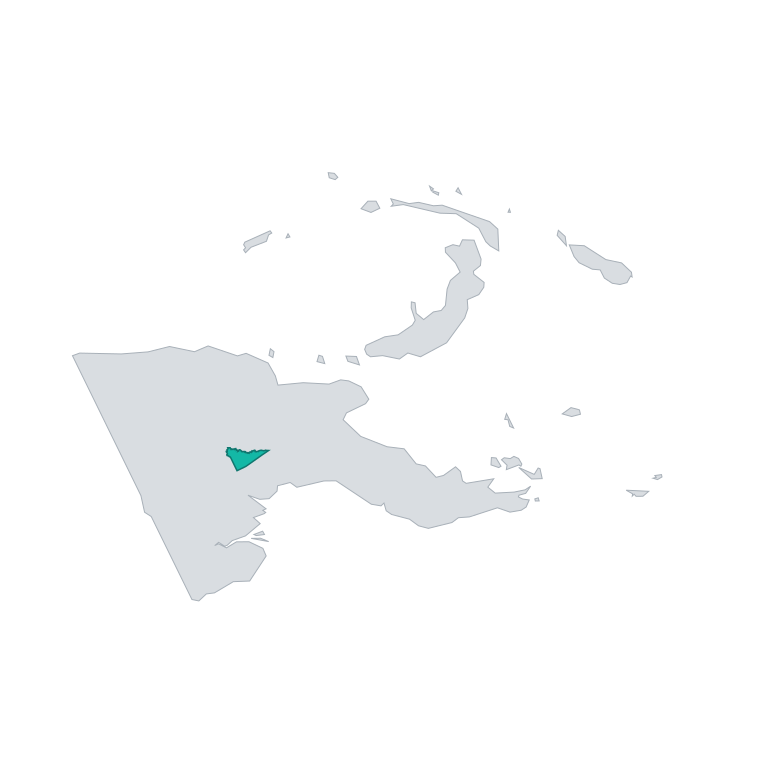 Kagua/Erave District, Southern Highlands, Papua New Guinea (highlighted), rotated 334°
{"feature_id": "67681753B36334387735216", "entity_name": "Kagua/Erave District", "entity_type": "district", "adm_level": 2, "iso_a3": "PNG", "parent_name": "Papua New Guinea", "parent_adm1": "Southern Highlands", "projection": "natural_earth1", "projection_center": [144.087, -6.522], "detail": "fine", "context": "in_parent", "style": "filled", "palette": "teal", "viewbox_px": 768, "rotation_deg": 334, "n_neighbors": 0, "source": "geoboundaries", "source_scale": "gbopen_adm2", "svg_char_len": 7086}
<svg xmlns="http://www.w3.org/2000/svg" viewBox="0 0 768 768"><g transform="rotate(334 384 384)"><path d="M116.9,493.5L116.7,401.1L112.6,394.3L116.6,377.8L116.4,222.0L124.0,222.8L161.0,241.8L186.0,251.7L207.7,256.3L227.8,271.9L242.6,272.7L264.6,294.5L273.5,296.0L289.0,314.3L289.9,329.1L288.2,338.5L311.9,347.4L334.6,360.0L346.9,361.3L353.7,365.8L362.2,376.5L363.7,391.0L358.8,393.6L337.6,393.5L331.6,398.2L340.1,420.9L359.2,441.7L373.7,451.1L377.9,469.9L385.3,475.8L389.9,490.7L397.4,492.3L412.0,489.8L414.4,496.1L412.1,505.5L414.3,509.3L441.1,517.3L432.1,522.2L436.1,530.8L453.6,538.2L464.5,541.0L471.0,540.1L463.4,544.4L456.6,543.1L455.3,544.4L458.1,548.1L463.7,551.9L457.8,556.9L452.0,557.6L441.1,554.4L431.7,545.0L402.5,540.9L392.3,536.8L384.3,538.3L360.6,533.2L352.9,526.6L347.7,516.7L333.7,504.7L330.4,498.9L331.8,491.0L327.9,492.2L319.9,486.5L298.5,450.0L287.5,444.8L260.4,438.6L256.5,431.4L243.7,428.8L240.9,433.4L230.5,436.7L221.8,433.2L213.0,424.3L223.3,444.5L219.7,444.4L221.4,447.6L219.4,448.0L208.1,446.8L211.5,455.2L192.9,459.8L179.0,458.2L172.4,460.2L169.7,460.0L166.0,453.8L161.0,455.0L165.2,455.1L170.6,462.2L182.2,461.2L193.5,466.6L203.1,478.6L202.7,486.9L176.9,502.2L161.9,495.6L140.0,497.4L132.3,494.8L122.5,497.8L116.9,493.5ZM507.0,289.0L512.3,293.2L517.7,288.8L528.0,294.2L526.0,314.3L522.6,319.8L513.8,321.8L512.8,324.8L518.5,336.6L516.1,340.8L508.4,345.2L495.8,344.7L492.5,352.9L485.5,360.0L458.3,374.4L428.7,375.5L419.0,366.6L408.8,368.3L395.2,357.9L383.8,353.6L381.5,349.6L381.8,344.4L384.9,341.4L405.3,341.9L418.2,346.0L435.3,343.5L440.0,340.4L441.8,327.5L444.6,322.2L447.5,324.6L443.9,334.6L447.9,343.5L460.0,340.9L467.7,343.0L473.7,340.3L482.3,326.4L489.1,320.0L501.5,316.8L501.3,306.5L497.0,292.5L498.8,288.4L507.0,289.0ZM655.4,392.0L653.9,396.6L653.0,395.1L646.8,399.4L639.7,398.0L633.3,393.5L628.5,385.4L628.3,376.2L621.5,372.1L612.5,360.5L610.7,352.8L611.5,340.2L624.6,347.5L637.9,369.4L650.6,379.3L655.4,392.0ZM554.2,294.7L545.5,314.7L540.0,306.5L537.9,300.8L537.5,285.5L523.6,262.6L509.2,255.0L480.0,231.2L468.4,227.4L471.3,226.3L471.3,220.5L485.7,232.9L494.7,235.9L506.6,245.5L514.7,248.8L550.1,284.4L554.2,294.7ZM321.1,195.5L348.8,196.4L349.3,199.1L345.6,199.4L340.9,204.2L324.4,202.8L317.1,205.3L316.6,201.9L319.3,200.9L318.9,197.3L321.1,195.5ZM459.7,503.0L464.8,506.4L469.0,506.0L472.3,509.9L472.8,516.4L471.0,517.9L469.8,515.9L456.4,514.6L459.0,510.9L456.4,503.6L459.7,503.0ZM457.3,224.2L447.5,224.1L440.2,216.4L449.7,212.6L457.0,216.2L457.3,224.2ZM479.4,531.1L485.7,527.1L487.1,528.5L484.7,538.4L475.0,534.1L468.5,518.1L479.4,531.1ZM531.1,489.0L541.7,487.2L546.8,491.5L548.3,493.0L547.3,497.3L538.4,495.5L531.1,489.0ZM555.1,585.6L574.9,596.5L567.5,598.4L561.3,595.4L560.5,592.7L558.0,593.6L559.3,591.7L555.1,585.6ZM370.3,356.1L361.5,347.8L362.0,342.2L371.3,347.2L370.3,356.1ZM453.1,509.2L450.5,509.4L444.7,503.6L448.3,497.2L452.3,499.6L453.1,509.2ZM608.6,339.7L604.8,326.3L608.1,322.3L611.5,330.8L608.6,339.7ZM339.7,339.7L333.6,334.5L338.1,329.6L340.8,332.2L339.7,339.7ZM433.1,178.0L429.7,178.9L425.2,174.6L426.5,169.6L431.7,172.9L433.1,178.0ZM299.3,306.7L295.7,311.5L293.2,307.8L297.3,302.5L299.3,306.7ZM481.1,464.3L481.2,480.4L478.4,477.2L479.8,470.5L477.0,468.7L481.1,464.3ZM205.4,468.5L211.3,475.1L196.9,464.5L205.4,468.5ZM210.6,466.9L202.7,464.2L201.1,462.2L210.4,463.1L210.6,466.9ZM593.7,587.1L593.1,589.4L587.9,589.8L584.5,586.6L587.8,587.3L587.3,585.0L593.7,587.1ZM536.6,240.1L536.8,247.5L533.1,242.3L536.6,240.1ZM517.1,236.1L515.6,238.1L511.9,232.9L512.7,231.9L517.1,236.1ZM472.7,553.9L472.2,557.1L468.7,555.5L469.2,553.4L472.7,553.9ZM514.0,230.3L511.2,231.2L511.7,226.1L514.0,230.3ZM363.6,206.9L363.9,210.6L360.0,209.8L363.6,206.9ZM573.4,281.7L572.9,285.1L570.8,284.0L573.4,281.7Z" fill="#d9dde1" stroke="#a8b0b8" stroke-width="1"/><path d="M217.8,373.9L215.6,372.8L215.5,373.8L214.9,374.1L214.7,374.1L214.4,374.1L214.2,374.1L214.1,374.3L214.0,374.5L213.8,375.0L213.9,375.3L213.7,375.5L213.6,375.8L213.4,375.8L213.3,375.6L213.2,375.5L212.8,375.3L212.7,375.4L212.7,375.5L212.5,375.8L212.5,376.0L212.6,376.3L212.6,376.5L212.7,376.8L212.8,376.9L212.8,377.1L212.8,377.4L212.8,377.6L212.7,377.7L212.7,378.1L212.4,378.2L212.3,378.5L212.1,378.6L211.9,378.5L211.7,378.7L211.6,379.1L211.6,379.3L211.6,379.5L211.9,379.7L211.9,379.8L212.0,379.9L212.1,380.0L212.4,380.0L212.5,380.1L212.6,380.4L212.8,380.7L212.9,380.8L212.9,381.0L213.0,381.4L213.1,381.5L213.3,381.6L213.5,382.0L213.8,382.1L213.9,382.4L213.9,385.0L213.9,397.5L223.7,397.5L227.6,396.9L243.4,394.3L250.5,393.3L251.1,393.2L250.9,393.1L250.7,393.0L250.7,392.9L249.8,392.5L249.7,392.4L249.4,392.3L249.2,392.2L248.8,391.7L248.7,391.6L248.4,391.6L248.1,391.7L247.8,391.5L247.7,391.5L247.4,391.4L247.2,391.4L246.8,391.4L246.7,391.4L246.5,391.2L246.3,391.0L246.2,390.9L246.1,390.7L245.9,390.6L245.7,390.6L245.4,390.4L245.2,390.3L245.1,390.1L245.0,389.9L244.8,389.9L244.6,389.8L244.3,389.8L244.2,389.6L243.9,389.5L243.8,389.4L243.7,389.4L243.1,389.3L242.8,389.3L242.6,389.3L242.3,389.4L242.2,389.4L241.9,389.2L241.7,389.3L241.7,389.2L241.0,389.2L240.8,389.1L240.5,389.1L240.0,388.9L239.9,389.0L239.6,389.0L239.5,388.9L239.4,388.9L239.1,388.6L238.9,388.5L238.7,388.4L238.8,388.2L238.7,388.0L238.8,387.9L238.7,387.8L238.8,387.6L238.9,387.4L239.0,387.2L238.9,386.9L238.5,386.8L238.4,386.8L238.3,386.7L238.2,386.8L237.5,386.8L237.2,386.7L236.9,386.5L236.6,386.5L236.2,386.6L236.0,386.8L235.8,386.7L235.8,386.9L235.7,387.0L235.6,386.9L235.2,386.8L235.2,386.7L235.1,386.8L235.1,386.7L234.9,386.6L234.5,386.6L234.4,386.7L234.2,386.6L234.0,386.8L233.6,386.5L233.5,386.4L233.4,386.3L233.1,386.3L232.9,386.4L232.6,386.5L232.4,386.7L232.3,386.8L232.2,386.7L232.2,386.8L232.1,386.7L231.9,386.7L231.7,386.5L231.5,386.4L231.3,386.5L231.2,386.3L231.1,386.0L231.0,385.9L230.9,385.9L230.5,385.7L229.9,385.2L229.6,385.0L229.7,384.7L229.8,384.5L229.8,384.3L229.8,384.2L229.7,384.2L229.8,384.1L229.5,383.9L229.4,383.8L229.3,383.7L229.2,383.8L229.0,383.7L228.9,383.7L228.8,383.8L228.7,383.7L228.4,383.3L228.3,383.2L228.2,383.2L227.9,383.0L227.7,383.0L227.7,382.9L227.4,382.7L227.2,382.7L226.8,382.6L226.7,382.5L226.7,382.4L226.6,382.2L226.4,382.2L226.4,381.8L226.3,381.7L226.4,381.4L226.3,381.2L226.2,381.0L226.1,380.9L226.0,380.6L226.0,380.4L225.9,380.3L225.7,380.1L225.5,379.9L225.2,379.8L225.0,379.7L224.9,379.7L224.7,379.7L224.5,379.8L224.4,379.9L224.3,380.0L224.2,380.0L224.0,380.3L223.9,380.4L223.9,380.5L223.6,380.6L223.3,380.5L223.1,380.5L223.2,380.4L223.2,380.2L223.2,379.8L223.2,379.7L223.0,379.3L223.1,379.2L223.0,378.9L222.7,378.9L222.8,378.8L222.7,378.7L222.8,378.6L222.7,378.4L222.5,378.2L222.5,377.9L222.4,377.9L222.2,377.9L221.9,377.8L221.8,377.6L221.7,377.4L221.8,377.3L221.7,377.3L221.8,377.2L221.8,376.8L221.7,376.8L221.4,376.9L221.2,377.0L221.3,377.1L221.2,377.1L220.9,377.0L220.8,376.9L220.7,376.8L220.6,376.6L220.3,376.5L220.2,376.5L219.9,376.5L219.9,376.4L219.7,376.3L219.4,376.3L219.3,376.2L219.2,376.2L218.9,376.1L218.9,375.9L218.7,375.7L218.7,375.8L218.6,375.7L218.4,375.7L218.4,375.8L218.2,375.9L217.8,375.9L217.8,373.9Z" fill="#14b8a6" stroke="#0f766e" stroke-width="1.5"/></g></svg>